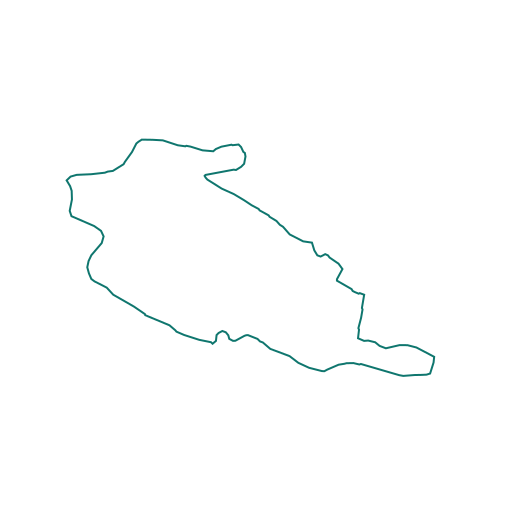 Fraijanes, Guatemala (Natural Earth projection), rotated 290°
{"feature_id": "79465075B66624198993086", "entity_name": "Fraijanes", "entity_type": "district", "adm_level": 2, "iso_a3": "GTM", "parent_name": "Guatemala", "parent_adm1": "", "projection": "natural_earth1", "projection_center": [-90.439, 14.456], "detail": "fine", "context": "isolated", "style": "outline", "palette": "teal", "viewbox_px": 512, "rotation_deg": 290, "n_neighbors": 0, "source": "geoboundaries", "source_scale": "gbopen_adm2", "svg_char_len": 1941}
<svg xmlns="http://www.w3.org/2000/svg" viewBox="0 0 512 512"><g transform="rotate(290 256 256)"><path d="M257.6,357.1L260.5,340.5L261.9,340.0L273.3,341.7L277.0,336.2L279.7,325.7L281.2,323.4L281.4,320.4L279.5,318.7L277.6,316.9L277.6,313.4L281.2,308.9L287.7,304.0L285.9,295.3L287.8,280.3L292.7,271.4L293.5,267.7L295.9,263.3L297.5,255.3L298.5,254.0L300.1,243.8L301.1,242.4L302.2,234.6L304.4,225.4L306.6,213.9L307.6,200.7L311.2,184.1L312.4,181.9L313.7,180.3L314.9,180.8L329.5,205.5L330.0,207.8L334.7,211.5L338.6,213.3L345.9,212.1L349.0,210.3L349.5,208.5L353.3,204.7L354.8,201.5L352.1,196.1L352.2,194.9L346.9,186.1L342.8,181.7L339.8,180.0L337.0,169.6L336.4,157.0L335.7,152.8L334.9,152.1L333.3,144.6L332.8,128.9L329.8,119.0L326.3,108.9L323.2,106.5L320.8,105.1L311.3,103.9L299.6,100.6L297.0,100.2L287.0,92.4L284.6,87.8L282.6,85.5L276.5,73.2L270.9,59.7L267.2,54.6L262.3,52.2L258.1,57.4L254.2,60.5L246.2,63.7L234.7,65.5L230.3,69.0L228.8,93.7L226.6,101.8L222.3,106.1L215.4,106.6L200.4,101.0L194.0,100.4L187.7,101.3L182.6,104.9L178.1,109.1L176.9,113.0L175.9,121.3L175.2,126.6L170.8,135.1L166.7,158.7L163.4,171.5L162.5,172.2L161.3,198.4L158.6,205.6L157.7,207.1L157.2,215.5L157.8,231.3L159.6,243.2L158.7,245.2L162.5,247.4L168.2,246.0L170.9,247.2L174.0,250.0L174.0,253.7L172.0,257.1L169.0,259.2L168.4,263.4L169.3,265.6L177.1,272.5L178.2,273.9L178.9,275.5L178.6,285.8L177.1,289.0L177.1,292.0L173.6,301.2L173.4,321.8L170.1,332.3L169.1,344.1L170.4,357.2L171.1,359.6L173.6,361.8L182.1,370.8L185.0,376.0L186.2,377.7L188.7,384.2L189.4,390.2L190.4,391.5L193.0,431.3L193.7,435.4L195.7,439.8L198.6,446.2L200.4,451.0L202.8,456.8L205.1,459.8L216.6,459.3L222.2,457.9L224.9,438.0L224.0,428.8L221.3,421.3L213.7,409.6L213.8,402.9L215.7,397.5L214.9,390.3L213.2,386.6L213.6,380.0L222.0,378.0L223.2,376.9L233.8,375.9L242.2,374.4L243.4,373.3L256.6,370.9L256.6,366.2L255.7,365.4L255.9,361.2L256.2,358.8L257.6,357.1Z" fill="none" stroke="#0f766e" stroke-width="2"/></g></svg>